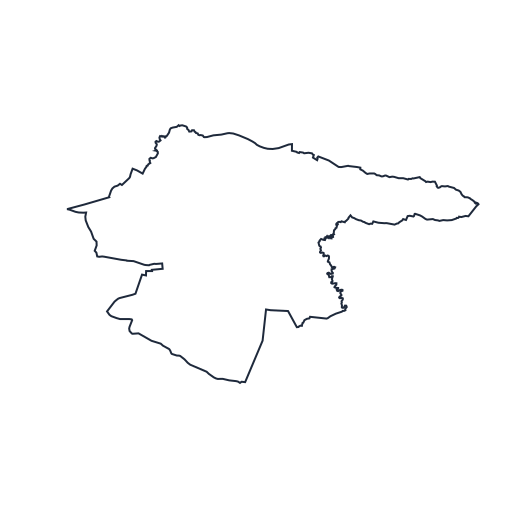 outline of Chaloem Phra Kiat, Nakhon Ratchasima, Thailand, rotated 109°
{"feature_id": "78962969B71200223173278", "entity_name": "Chaloem Phra Kiat", "entity_type": "district", "adm_level": 2, "iso_a3": "THA", "parent_name": "Thailand", "parent_adm1": "Nakhon Ratchasima", "projection": "robinson", "projection_center": [102.265, 14.994], "detail": "fine", "context": "isolated", "style": "outline", "palette": "slate", "viewbox_px": 512, "rotation_deg": 109, "n_neighbors": 0, "source": "geoboundaries", "source_scale": "gbopen_adm2", "svg_char_len": 6129}
<svg xmlns="http://www.w3.org/2000/svg" viewBox="0 0 512 512"><g transform="rotate(109 256 256)"><path d="M278.2,153.8L277.1,154.4L274.7,153.6L273.6,154.5L273.9,155.7L275.8,156.1L276.7,156.8L276.8,157.8L276.5,158.2L274.8,158.6L273.1,159.8L272.1,159.7L270.9,160.4L269.0,159.8L267.8,160.1L267.7,161.2L268.6,162.9L268.5,163.5L268.1,163.9L267.2,163.7L265.5,162.4L264.9,162.6L263.8,164.1L263.3,164.3L262.0,164.3L260.7,162.9L260.0,163.1L259.9,163.8L260.7,165.4L262.5,166.9L262.5,167.9L261.6,168.7L260.1,167.7L259.5,167.9L260.1,170.1L260.0,171.6L259.3,171.7L256.9,170.7L255.6,171.1L255.8,172.0L257.4,175.0L257.0,176.2L256.1,176.3L255.5,175.6L254.7,175.5L253.2,176.7L250.2,176.8L250.3,177.6L251.8,178.6L252.2,179.8L250.3,181.0L249.6,182.9L248.8,182.8L248.1,181.8L248.6,179.4L247.6,177.7L247.0,177.8L246.5,178.7L245.4,179.7L243.9,180.2L242.3,177.7L240.9,177.5L240.8,178.7L241.8,180.0L241.8,180.7L240.5,181.9L239.8,183.2L238.1,184.5L238.0,186.2L237.6,186.4L234.9,186.2L233.0,186.7L232.2,187.4L232.2,188.4L233.1,189.2L233.0,190.6L234.2,191.6L234.3,192.1L233.8,192.6L232.1,192.5L231.1,193.1L231.1,194.3L232.0,195.8L231.8,196.6L231.1,196.8L229.5,196.4L228.3,197.5L226.9,197.3L226.0,198.0L226.0,199.0L225.4,199.7L222.9,201.3L221.4,200.6L220.8,200.9L218.7,200.0L218.8,197.8L218.0,197.1L218.6,196.6L218.5,196.2L216.9,196.9L216.7,196.5L217.2,195.9L216.3,195.8L215.6,196.4L215.3,196.0L215.7,195.3L215.6,194.9L214.5,195.1L215.1,193.6L213.9,194.0L214.1,193.3L213.4,192.8L213.7,192.4L214.8,192.0L214.7,191.7L214.1,192.1L213.8,191.7L214.9,190.8L214.8,190.5L213.7,191.2L212.8,191.3L212.1,192.1L211.7,191.9L211.6,191.1L212.5,190.6L213.1,189.5L212.9,189.3L210.9,190.4L210.5,190.3L210.5,189.7L210.1,189.3L209.7,189.8L206.3,190.6L204.8,189.8L203.9,189.9L203.1,189.1L201.0,189.3L200.5,190.1L200.1,189.8L200.2,189.2L199.5,189.0L199.2,190.4L198.8,190.3L198.8,189.4L198.1,189.6L197.0,189.3L196.5,188.1L196.4,186.9L195.4,186.5L195.2,183.0L194.2,182.9L193.4,182.2L190.5,180.8L189.7,181.0L186.8,179.9L188.2,177.7L188.2,175.4L188.6,173.6L188.7,170.5L188.3,168.3L188.8,165.8L188.6,164.4L189.0,163.5L189.1,159.4L188.2,158.4L187.7,156.6L185.1,156.3L184.7,151.1L183.2,145.3L182.4,143.3L181.2,135.2L179.5,133.4L178.8,132.1L177.6,131.6L174.7,129.3L173.2,128.9L173.1,125.9L168.9,125.6L167.9,123.7L167.4,120.0L166.6,119.6L164.6,119.7L164.3,119.4L164.2,114.2L164.6,111.8L165.8,107.8L165.9,106.1L163.5,100.8L163.7,98.5L163.1,95.6L163.1,94.0L161.1,90.7L160.1,86.8L158.3,82.6L155.4,78.9L154.6,78.6L154.3,77.4L153.1,76.6L152.7,76.7L152.3,74.5L149.9,70.9L149.3,68.1L137.3,63.9L133.9,62.1L134.5,62.9L133.9,63.8L133.9,65.2L134.6,64.8L134.9,65.1L134.4,66.5L133.5,67.2L132.7,69.5L132.2,71.8L131.8,72.4L131.6,74.9L132.5,78.0L131.9,78.8L131.7,80.1L130.7,81.7L128.8,83.6L128.1,85.7L128.2,88.5L127.2,90.9L127.6,96.3L127.4,97.4L128.7,100.0L129.4,103.0L130.2,103.9L131.0,104.3L132.1,105.6L132.2,106.5L131.2,107.9L130.5,107.9L127.5,111.0L128.2,113.3L129.3,115.0L129.8,117.9L130.7,119.3L130.2,120.1L128.9,125.9L128.1,126.9L131.4,132.3L131.6,133.3L132.6,134.3L133.4,136.8L134.2,137.2L134.5,142.0L136.0,146.5L136.2,151.2L136.6,153.0L138.0,155.5L137.6,159.2L137.9,160.2L139.4,162.0L139.9,163.3L139.7,165.8L140.3,168.2L139.6,170.1L139.5,171.2L140.9,175.3L142.2,177.5L141.8,179.4L140.5,182.7L140.1,185.6L138.5,186.1L139.0,189.5L140.7,197.3L140.7,198.2L144.2,204.4L144.9,206.9L142.0,218.2L141.6,229.5L143.0,230.1L144.0,229.4L145.5,229.4L144.4,234.2L141.7,234.2L141.6,235.2L140.7,236.5L141.3,240.0L143.2,243.9L142.9,245.2L143.5,248.5L144.6,248.8L144.7,250.8L144.3,251.5L144.8,256.3L138.5,258.4L139.9,261.3L146.6,269.7L149.4,275.1L150.8,279.8L151.2,283.7L151.1,288.2L150.6,291.4L149.6,293.6L148.9,296.6L148.1,301.7L147.5,311.3L147.6,317.4L148.5,321.4L149.3,323.1L152.5,328.3L155.8,335.6L159.5,341.1L160.4,343.3L160.5,344.0L159.4,345.6L159.7,347.8L160.2,348.7L160.2,350.0L159.1,351.0L159.2,352.9L158.5,353.6L158.5,354.4L157.3,355.6L157.9,357.4L159.2,357.6L160.1,359.6L158.8,360.9L158.2,362.5L156.9,363.0L156.3,364.3L156.4,368.2L157.1,369.7L158.0,370.7L157.5,371.7L159.7,373.0L161.7,376.6L163.0,378.2L164.4,378.6L167.7,378.4L171.5,379.4L172.7,380.2L172.4,380.9L172.6,381.2L173.1,380.3L173.5,380.3L173.7,380.8L173.2,381.2L173.2,382.5L173.0,382.9L173.5,383.3L173.2,384.1L173.8,384.4L173.8,385.7L175.3,385.9L176.7,385.2L177.8,383.9L179.5,385.0L179.9,385.9L179.7,387.6L180.6,388.2L181.6,387.8L182.5,386.4L183.1,386.0L184.6,386.0L186.6,386.6L187.5,386.4L188.2,384.6L188.6,384.6L189.0,385.1L188.8,383.8L189.3,383.6L189.5,382.8L190.9,382.2L195.0,382.9L196.8,384.6L197.4,385.7L197.4,387.5L198.8,388.4L200.0,388.0L200.4,387.4L201.6,387.1L202.5,386.2L204.4,387.7L205.9,387.9L206.2,388.6L206.7,388.8L207.2,388.6L209.7,389.4L215.0,390.0L213.8,396.4L213.6,401.1L219.5,401.2L222.2,400.9L223.6,401.2L232.5,405.9L232.0,408.1L234.5,409.7L236.5,412.4L238.9,413.8L241.4,414.3L248.1,414.3L248.3,414.0L263.1,434.9L273.2,449.9L272.9,447.4L273.0,441.1L272.6,437.9L271.3,433.4L270.2,430.8L274.4,430.2L277.8,428.6L283.2,424.0L286.6,419.9L292.6,415.1L294.3,411.5L297.9,410.1L303.6,410.2L304.8,408.0L308.1,406.0L307.8,404.0L306.5,401.3L306.1,399.4L303.5,382.4L302.3,376.8L302.5,376.5L300.7,370.1L300.7,358.8L300.4,357.1L299.6,354.1L299.1,353.8L296.5,349.7L296.1,348.0L293.6,342.3L298.5,340.1L303.0,350.0L304.1,349.4L306.0,355.0L310.2,353.7L310.7,357.7L330.9,357.7L332.9,360.2L340.2,371.3L341.2,372.4L343.0,373.6L345.2,374.9L356.9,378.8L359.3,375.4L360.0,373.2L360.1,367.6L359.9,364.0L356.9,355.4L356.4,352.9L357.0,352.2L364.2,352.5L365.9,352.3L368.1,351.1L369.7,348.2L369.7,347.3L367.4,341.9L370.2,327.2L369.9,317.5L371.1,314.7L372.3,307.7L373.3,306.4L375.7,304.3L376.0,303.5L375.9,298.5L375.2,296.1L375.2,295.1L377.0,289.9L379.2,285.8L380.2,282.8L381.5,265.0L382.8,262.2L384.5,256.4L384.8,254.0L384.7,252.2L383.0,247.5L382.3,240.8L380.8,234.1L380.6,232.2L381.2,229.8L379.6,228.7L378.8,225.2L333.9,222.2L303.3,229.1L302.5,224.6L297.6,207.8L310.0,194.2L309.3,192.7L308.5,192.4L307.3,191.2L307.1,189.9L304.2,190.2L303.7,189.6L300.9,189.3L298.8,187.4L297.6,185.2L295.9,185.1L292.2,168.9L291.4,167.9L288.7,166.0L284.5,161.7L280.7,156.7L279.6,156.1L279.3,155.0L278.2,153.8Z" fill="none" stroke="#1e293b" stroke-width="2"/></g></svg>